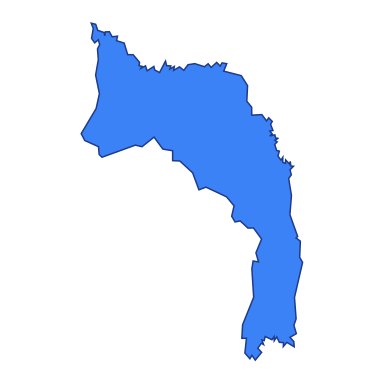 outline of Chum Phae, Khon Kaen, Thailand, rotated 181°
{"feature_id": "78962969B27805721585516", "entity_name": "Chum Phae", "entity_type": "district", "adm_level": 2, "iso_a3": "THA", "parent_name": "Thailand", "parent_adm1": "Khon Kaen", "projection": "equal_earth", "projection_center": [102.084, 16.658], "detail": "medium", "context": "isolated", "style": "filled", "palette": "blue", "viewbox_px": 384, "rotation_deg": 181, "n_neighbors": 0, "source": "geoboundaries", "source_scale": "gbopen_adm2", "svg_char_len": 1915}
<svg xmlns="http://www.w3.org/2000/svg" viewBox="0 0 384 384"><g transform="rotate(181 192 192)"><path d="M295.7,359.0L293.6,353.9L295.1,343.8L291.9,339.4L288.3,342.6L286.9,337.7L289.0,333.4L288.0,322.6L290.4,307.2L286.3,288.7L289.3,273.8L303.8,248.4L300.1,241.6L286.3,235.7L285.5,227.9L282.6,225.2L249.4,237.9L242.8,236.4L230.9,246.2L221.9,234.4L212.1,232.9L211.9,223.0L204.7,222.8L191.7,211.2L185.1,194.3L178.1,197.1L157.4,187.8L149.7,178.9L151.9,168.4L148.4,162.8L143.3,163.9L135.4,156.9L129.9,157.1L121.6,146.2L127.0,132.3L124.3,123.3L129.7,124.1L130.8,116.3L128.5,87.8L139.1,60.1L139.6,46.6L135.0,46.7L136.3,31.9L131.2,26.3L129.2,29.7L125.8,25.0L119.6,32.9L123.5,36.9L120.0,42.0L117.8,40.7L119.5,45.2L117.2,44.7L116.3,48.8L109.5,45.7L107.4,48.8L107.2,44.7L104.7,48.5L102.0,43.2L97.9,43.0L98.0,39.1L94.5,43.3L87.1,39.0L87.6,44.3L91.5,48.4L85.2,52.2L87.8,60.5L85.7,67.0L87.7,88.4L80.2,123.5L83.2,128.6L82.8,144.7L87.1,147.9L85.6,149.4L93.7,171.0L92.5,190.3L95.6,207.2L93.0,210.9L94.4,215.9L91.0,219.5L93.6,219.7L94.3,224.3L95.0,221.6L98.9,225.7L99.1,222.3L101.8,223.2L101.8,228.3L103.6,225.4L106.7,229.5L105.4,234.4L108.1,235.0L110.1,241.0L107.7,243.6L110.1,245.2L106.5,247.3L109.2,247.2L110.2,250.6L115.3,249.4L112.8,251.4L115.3,254.3L112.1,254.9L114.6,261.0L113.0,264.0L116.6,267.5L118.7,264.4L123.5,270.6L133.6,269.9L133.8,277.8L138.8,283.7L138.3,299.3L144.8,309.2L162.4,313.4L159.5,320.9L164.2,321.6L166.0,318.4L169.6,322.0L175.0,316.9L178.1,320.5L181.7,317.5L191.5,320.4L198.2,319.2L202.3,313.5L206.7,316.9L212.5,313.3L211.9,317.2L216.3,314.5L215.4,317.7L219.6,317.9L220.8,322.4L226.5,310.9L231.4,313.3L232.3,316.9L239.0,312.4L240.7,317.3L245.2,314.8L244.1,316.7L247.2,317.4L246.7,320.7L253.3,328.3L258.7,328.2L262.4,339.7L270.1,342.0L269.2,346.5L274.5,345.8L277.4,350.8L281.5,350.6L282.0,346.6L282.6,349.9L289.1,352.0L291.2,358.0L295.7,359.0Z" fill="#3b82f6" stroke="#1e3a8a" stroke-width="1.5"/></g></svg>